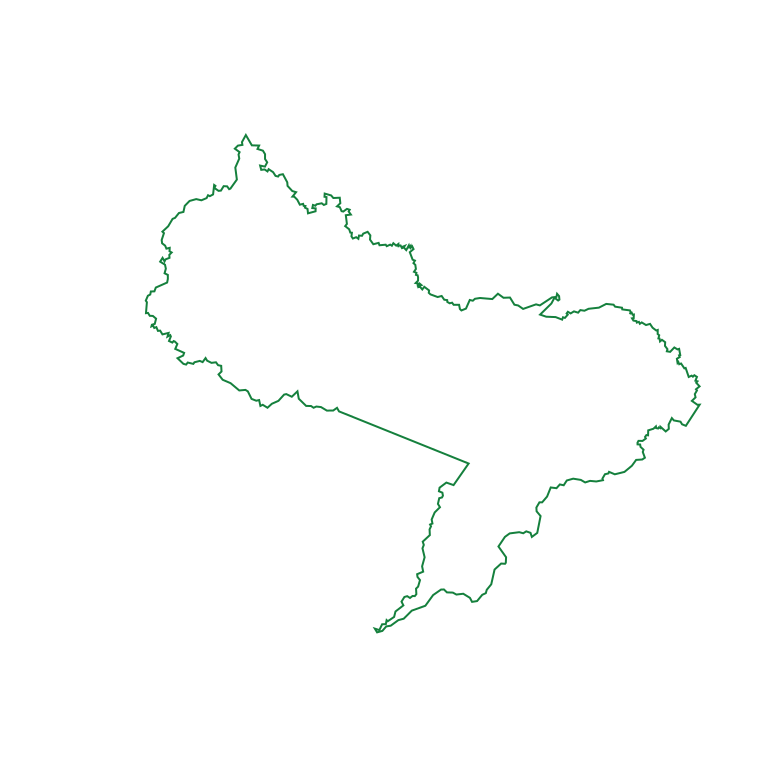 outline of Vegachí, Antioquia, Colombia, rotated 216°
{"feature_id": "7082276B51792749942649", "entity_name": "Vegachí", "entity_type": "district", "adm_level": 2, "iso_a3": "COL", "parent_name": "Colombia", "parent_adm1": "Antioquia", "projection": "albers", "projection_center": [-74.763, 6.859], "detail": "fine", "context": "isolated", "style": "outline", "palette": "green", "viewbox_px": 768, "rotation_deg": 216, "n_neighbors": 0, "source": "geoboundaries", "source_scale": "gbopen_adm2", "svg_char_len": 6166}
<svg xmlns="http://www.w3.org/2000/svg" viewBox="0 0 768 768"><g transform="rotate(216 384 384)"><path d="M642.1,504.2L641.1,496.2L639.1,494.2L642.3,491.0L643.0,486.7L637.1,486.7L636.6,484.2L633.6,481.3L631.5,471.7L623.2,462.9L623.1,451.8L623.8,450.6L627.1,451.7L630.0,449.8L629.6,444.6L631.4,443.0L636.5,442.9L636.8,445.2L638.4,445.2L633.7,436.9L635.3,433.6L637.3,433.3L636.8,430.1L639.7,425.3L644.6,423.2L648.9,417.8L649.9,411.0L647.4,405.3L650.4,401.8L650.7,395.6L652.1,393.3L651.3,384.8L652.8,377.0L650.7,376.7L648.5,369.8L646.2,367.4L642.4,367.3L639.6,365.6L637.4,368.2L635.5,365.3L633.1,365.6L633.6,362.3L631.7,360.0L634.0,356.4L633.6,354.2L637.3,355.9L637.0,351.4L631.3,351.8L628.3,349.1L626.6,344.6L623.0,345.2L620.6,341.9L619.1,338.6L625.3,327.9L624.2,324.0L627.0,321.8L625.7,319.0L626.9,316.6L625.7,311.4L623.9,310.8L618.2,301.4L616.7,302.8L613.6,301.5L611.0,303.2L606.8,302.9L604.8,297.9L606.6,295.5L606.0,293.9L605.0,295.5L602.8,294.3L601.6,296.2L598.1,294.1L596.5,295.6L592.4,293.9L588.3,298.7L587.0,295.1L585.7,297.9L584.4,297.2L583.2,292.4L579.6,293.1L579.4,295.1L578.2,295.4L574.7,294.9L573.5,289.7L564.0,291.7L563.2,289.0L566.2,283.5L558.1,282.4L555.5,283.4L555.4,286.0L550.1,288.2L550.1,290.2L546.6,294.4L543.6,295.1L543.6,300.1L540.8,298.9L536.0,299.7L532.7,302.8L529.3,301.7L526.4,303.0L522.8,298.6L523.5,294.5L517.0,292.6L508.6,294.5L497.3,293.7L492.6,297.8L489.8,298.0L482.4,294.1L477.5,295.4L475.6,297.6L471.1,293.6L469.9,295.9L464.3,296.3L463.1,302.1L459.5,308.3L458.6,316.7L457.1,318.4L451.1,319.5L449.7,327.2L444.3,322.0L434.1,320.5L430.1,323.3L427.0,323.4L425.5,326.0L421.4,328.3L414.6,328.9L409.5,332.7L408.0,337.1L404.3,335.4L268.8,369.4L268.3,343.1L275.6,340.9L278.1,332.8L276.5,329.5L272.9,330.4L270.7,328.3L270.4,326.3L272.2,324.1L269.9,318.7L266.3,317.2L267.5,309.9L265.8,302.4L262.8,299.6L264.1,297.4L262.3,296.5L261.7,293.2L258.1,288.7L260.0,279.2L257.2,277.2L256.3,273.7L249.3,267.7L246.0,258.9L242.0,255.2L245.4,249.6L243.5,247.6L239.6,246.5L237.3,240.1L237.8,237.3L234.3,233.0L234.4,230.5L236.3,229.3L237.2,226.2L240.5,226.0L242.3,223.7L241.9,218.2L238.2,216.3L241.0,206.7L238.9,201.5L241.5,194.3L243.1,194.5L241.4,190.8L244.3,188.5L243.1,182.2L247.6,180.7L243.6,179.0L240.2,183.3L239.7,189.2L236.5,192.4L233.6,201.4L230.1,205.7L228.3,217.0L220.2,228.9L220.2,242.1L217.0,251.3L214.7,253.0L210.6,252.4L205.7,255.7L201.7,256.2L196.6,260.9L188.8,261.5L184.7,259.5L181.1,263.1L180.6,271.2L178.7,274.6L179.9,277.9L179.5,285.0L185.5,298.9L183.7,307.6L180.4,309.7L180.4,311.0L183.4,315.6L195.9,319.8L196.3,331.4L194.5,337.0L187.5,343.6L183.6,345.1L182.3,348.4L178.0,349.7L174.5,347.2L172.5,353.6L179.7,369.2L185.7,370.7L188.1,373.6L188.7,379.6L186.5,381.2L185.9,388.8L188.3,398.3L183.2,401.1L182.7,406.1L179.1,407.7L179.4,413.4L175.3,418.6L168.4,422.1L163.4,422.6L160.4,426.7L155.0,429.9L150.3,434.9L151.7,435.9L152.2,440.9L149.9,443.5L150.3,445.2L144.2,446.6L137.8,454.2L135.4,463.6L135.4,470.8L130.7,474.7L129.6,477.7L134.7,481.1L135.4,483.4L139.5,483.9L141.2,485.6L143.4,484.2L144.4,485.5L144.7,487.6L141.4,489.9L140.1,493.8L141.7,494.6L141.7,496.9L140.2,497.7L143.0,501.8L139.7,506.2L139.1,509.5L137.9,508.3L136.1,509.1L136.2,510.4L134.5,510.7L135.2,511.9L128.2,511.2L127.2,515.1L129.9,518.5L131.1,525.6L128.1,524.9L122.0,527.8L119.2,526.6L115.2,527.6L116.5,552.8L118.2,551.4L125.0,551.3L124.1,556.3L126.6,558.5L127.0,562.7L128.5,563.1L127.3,567.6L132.1,568.5L132.0,570.4L134.0,569.7L135.0,573.7L138.1,573.5L138.4,571.5L140.0,571.6L141.6,568.8L149.4,574.3L150.2,573.2L155.7,575.2L156.8,573.5L158.8,574.8L158.9,573.6L161.9,576.6L160.6,579.6L162.1,580.6L161.3,581.5L165.9,585.9L166.9,584.5L170.6,584.2L171.4,578.2L174.4,576.7L175.2,578.8L179.1,580.0L181.1,583.1L185.1,583.1L185.7,580.7L187.8,582.7L188.8,582.2L190.0,585.2L192.0,585.3L194.3,588.6L195.2,587.3L199.8,587.4L204.1,589.0L206.7,585.7L211.7,585.3L212.4,583.1L214.3,584.1L215.6,582.3L216.7,583.3L219.5,581.9L221.9,582.9L220.7,584.0L222.7,587.1L223.6,586.2L225.6,587.3L226.5,585.1L226.4,586.9L228.3,588.1L235.1,584.4L236.3,585.6L242.5,582.4L244.9,583.1L251.3,579.4L255.0,572.1L262.7,565.1L264.9,561.1L268.6,559.2L268.9,555.8L273.0,554.4L274.5,550.8L277.7,550.5L277.7,548.4L276.1,548.1L276.5,543.8L278.4,543.2L277.7,540.8L284.5,539.0L292.3,533.8L298.5,531.9L295.9,547.5L296.8,554.0L292.2,553.9L291.7,555.4L294.0,558.0L297.0,558.7L295.7,555.8L299.0,552.8L304.1,539.2L307.8,537.8L315.6,526.5L321.6,526.4L325.1,524.8L332.9,528.0L338.0,524.0L344.9,524.0L346.3,516.4L356.9,510.0L360.5,506.4L361.1,503.6L364.0,502.4L362.0,493.2L364.6,489.0L366.7,489.3L369.8,492.2L374.2,489.0L376.7,489.8L378.3,487.9L381.0,487.6L382.2,489.0L384.8,487.6L389.1,489.1L391.7,485.9L399.1,483.8L401.4,484.1L402.5,486.2L408.5,486.3L408.6,483.0L411.9,483.8L413.1,482.6L413.7,483.8L411.9,486.0L414.5,486.2L414.9,483.9L416.0,485.1L417.7,484.3L417.2,487.6L419.1,490.3L420.7,491.7L422.3,491.1L423.1,493.0L425.7,492.4L425.8,495.8L428.7,498.8L431.2,499.1L431.5,502.0L433.9,501.4L440.6,505.8L439.4,510.5L442.2,512.0L442.4,510.1L443.7,511.5L443.9,509.6L445.4,510.8L444.7,505.4L448.3,506.1L448.4,507.9L450.0,505.4L448.5,504.1L452.0,505.8L453.5,504.7L452.9,503.1L454.7,505.7L455.5,503.1L459.2,503.4L458.9,500.5L460.9,500.4L462.8,497.1L464.5,497.7L469.2,493.6L471.3,495.0L474.8,490.8L480.2,492.6L482.4,496.2L486.7,497.5L489.2,493.4L488.9,491.0L491.5,489.4L490.1,486.4L492.8,486.4L494.7,483.4L497.1,484.3L498.9,487.5L500.3,486.7L503.1,488.7L508.2,488.9L508.1,491.7L514.1,498.1L510.4,501.6L514.0,502.8L514.2,504.8L516.9,503.9L518.3,499.6L519.9,498.9L523.7,501.1L526.4,500.1L525.6,504.6L529.3,508.7L534.3,504.7L537.6,505.5L543.9,503.2L542.2,500.5L540.4,501.4L536.5,495.8L537.9,493.5L540.6,493.6L544.2,489.7L544.3,487.9L546.7,487.1L545.4,484.2L542.5,485.9L540.9,483.5L545.8,477.4L548.8,480.7L551.6,480.2L552.2,481.8L553.7,480.9L555.3,482.2L557.5,479.6L562.5,482.1L566.7,482.8L568.2,481.8L567.9,487.5L571.6,486.2L578.5,487.6L580.8,490.3L589.1,494.3L591.6,491.6L591.6,489.6L594.1,488.6L598.2,490.2L603.6,490.0L603.2,487.5L606.7,487.4L609.2,485.1L612.6,487.9L608.1,489.9L608.8,494.7L612.5,496.1L615.3,500.0L619.1,501.6L624.5,499.8L625.2,503.5L631.2,499.4L642.1,504.2Z" fill="none" stroke="#15803d" stroke-width="2"/></g></svg>